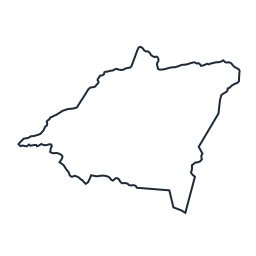 Érico Cardoso, Bahia, Brazil, rotated 93°
{"feature_id": "56859067B69191863496369", "entity_name": "Érico Cardoso", "entity_type": "district", "adm_level": 2, "iso_a3": "BRA", "parent_name": "Brazil", "parent_adm1": "Bahia", "projection": "orthographic", "projection_center": [-42.081, -13.425], "detail": "fine", "context": "isolated", "style": "outline", "palette": "slate", "viewbox_px": 256, "rotation_deg": 93, "n_neighbors": 0, "source": "geoboundaries", "source_scale": "gbopen_adm2", "svg_char_len": 2914}
<svg xmlns="http://www.w3.org/2000/svg" viewBox="0 0 256 256"><g transform="rotate(93 128 128)"><path d="M75.6,19.7L72.7,19.7L67.5,19.7L65.4,19.5L63.8,20.2L62.8,21.9L61.8,24.2L60.6,25.9L59.4,27.0L57.7,28.6L57.1,30.9L57.5,33.0L57.0,34.6L55.4,36.5L56.7,38.2L57.2,39.8L57.7,41.6L57.7,43.4L58.6,46.1L59.3,48.9L60.2,50.4L59.7,52.3L60.6,54.0L61.5,56.0L62.1,58.4L60.6,59.4L59.6,61.1L60.0,62.7L59.2,64.2L59.0,65.9L59.5,67.4L60.1,69.2L60.8,71.0L61.5,73.0L61.9,75.8L62.3,78.0L63.0,79.5L63.9,81.5L65.0,84.9L65.1,87.4L65.8,89.9L66.5,92.1L67.3,94.1L67.8,96.9L68.1,99.5L67.2,101.3L65.6,101.5L63.8,102.3L61.8,102.4L59.8,101.2L57.7,101.2L56.0,102.0L55.2,103.3L55.8,105.4L55.0,107.1L53.9,108.9L52.1,109.9L50.4,112.1L50.6,114.3L49.6,115.9L47.7,117.4L46.3,119.5L46.9,121.5L49.7,122.7L59.3,125.6L63.3,126.9L65.7,127.6L67.4,128.8L68.7,133.7L70.1,135.7L70.4,138.7L70.1,140.7L69.5,142.4L70.1,144.3L71.3,146.1L71.7,148.1L72.1,149.8L72.8,151.4L72.9,153.1L73.6,154.5L75.7,154.9L76.8,156.6L77.2,158.7L79.4,159.8L80.7,160.8L82.2,160.7L83.4,159.8L84.9,160.2L86.5,161.8L88.1,162.6L88.8,164.1L89.2,165.7L89.5,167.4L90.5,168.8L91.7,169.8L94.7,171.4L100.8,174.8L102.8,176.0L110.1,180.1L110.9,182.0L111.5,184.1L111.9,186.7L112.2,189.1L113.3,191.8L114.5,194.7L116.2,196.8L117.3,198.5L118.5,200.1L119.6,202.4L120.6,204.0L121.7,206.3L123.3,206.9L124.3,208.1L125.6,209.5L127.8,208.9L129.8,209.2L131.0,210.8L133.2,211.6L134.9,212.3L136.4,213.6L138.3,215.0L139.3,216.9L140.0,218.9L140.9,221.5L141.4,224.7L142.9,226.7L143.5,228.3L143.7,229.8L144.2,231.8L145.8,233.0L147.3,234.6L149.9,236.5L151.7,234.5L151.0,232.3L151.4,230.2L151.6,228.0L149.7,226.1L150.8,224.3L150.0,221.3L149.7,218.9L151.0,218.0L149.9,215.6L148.5,213.8L149.2,212.2L149.5,210.3L149.4,208.7L148.9,207.2L148.3,205.7L148.5,203.8L150.2,203.1L151.9,203.9L153.9,204.3L156.0,204.5L157.1,201.9L156.9,199.6L156.7,197.9L157.3,195.2L158.4,193.1L159.8,191.9L161.8,192.3L163.9,193.4L165.7,194.6L166.9,192.7L168.3,190.6L169.7,189.4L171.2,188.5L173.3,186.8L174.9,185.2L176.7,184.3L178.4,183.7L179.6,181.9L179.3,180.3L178.5,178.8L178.9,177.3L179.6,175.3L180.4,173.9L181.7,172.7L182.4,170.9L184.2,169.3L186.0,167.2L184.2,165.0L182.3,164.2L180.8,163.6L177.2,162.4L177.5,159.4L177.8,157.7L177.7,155.6L177.1,152.7L176.8,149.9L177.2,146.8L178.0,144.5L179.1,143.2L180.5,142.2L181.3,140.5L180.0,138.8L178.8,137.8L178.7,136.0L179.7,134.4L182.2,132.8L183.5,131.1L183.2,128.7L183.2,127.0L183.7,125.3L184.9,124.2L185.2,122.5L185.0,120.7L184.8,119.1L185.4,117.3L187.2,116.0L188.1,83.5L191.6,82.4L204.9,78.5L207.4,70.6L209.7,66.3L173.1,58.6L171.5,61.0L169.3,62.8L166.2,62.0L164.0,62.0L161.8,62.2L160.3,60.4L158.9,58.9L158.6,56.3L157.7,54.5L155.6,52.6L153.8,53.1L151.7,53.3L149.7,52.3L143.1,56.4L108.8,38.4L101.9,38.0L95.3,37.6L92.5,37.0L90.2,36.5L89.1,35.1L87.9,33.5L86.8,31.7L85.0,30.5L83.3,30.5L82.5,28.7L80.3,26.7L79.0,24.8L78.0,23.0L77.3,21.2L75.6,19.7Z" fill="none" stroke="#1e293b" stroke-width="2"/></g></svg>